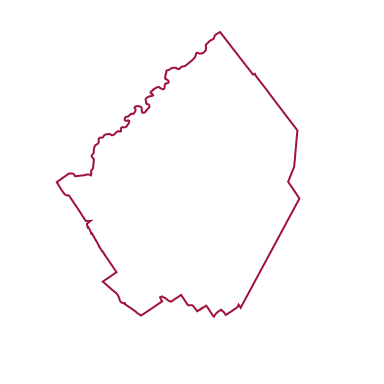 the district of West Torrens, South Australia, Australia, rotated 330°
{"feature_id": "25037944B76769094445269", "entity_name": "West Torrens", "entity_type": "district", "adm_level": 2, "iso_a3": "AUS", "parent_name": "Australia", "parent_adm1": "South Australia", "projection": "albers", "projection_center": [138.535, -34.943], "detail": "fine", "context": "isolated", "style": "outline", "palette": "rose", "viewbox_px": 384, "rotation_deg": 330, "n_neighbors": 0, "source": "geoboundaries", "source_scale": "gbopen_adm2", "svg_char_len": 5770}
<svg xmlns="http://www.w3.org/2000/svg" viewBox="0 0 384 384"><g transform="rotate(330 192 192)"><path d="M296.2,67.5L294.9,67.4L294.0,67.5L292.2,67.5L291.6,67.5L291.1,67.6L290.6,67.7L290.0,67.9L288.3,69.4L287.6,69.9L287.5,70.0L287.3,69.9L287.2,70.0L286.8,70.1L285.8,70.2L285.3,70.2L284.6,70.0L283.9,70.0L283.0,70.0L281.3,70.5L277.9,71.3L277.3,71.7L276.4,73.8L275.3,75.5L274.9,75.9L273.8,76.5L272.0,77.0L271.5,77.1L271.0,77.1L270.3,76.9L269.1,76.7L268.9,76.6L268.2,76.2L267.5,75.6L266.2,74.0L265.9,73.8L265.7,73.8L264.9,74.1L263.6,75.4L262.7,76.2L261.5,76.9L260.5,77.3L258.2,77.9L257.5,78.2L255.6,78.3L254.7,78.6L252.2,78.9L251.6,79.1L250.9,79.1L249.6,79.4L249.0,79.4L248.6,79.3L246.9,78.7L246.5,78.5L245.8,78.4L244.5,78.5L242.8,79.0L242.0,79.0L241.7,78.8L241.5,78.5L241.4,78.3L240.5,77.3L240.4,76.9L239.9,76.3L239.2,75.7L238.4,75.3L237.9,75.2L237.1,74.8L236.5,74.5L236.0,74.5L234.1,74.7L233.2,74.7L232.2,74.5L231.1,74.2L230.6,74.2L230.3,74.3L230.1,74.5L229.9,75.1L229.7,75.4L229.4,75.8L228.9,76.3L228.4,76.8L227.5,77.5L227.0,77.9L226.8,78.3L225.8,79.8L225.5,80.3L225.5,80.7L225.7,81.0L226.1,81.4L226.3,82.0L226.6,82.4L227.0,83.3L227.1,84.2L227.0,84.8L226.9,85.0L226.5,85.3L225.9,85.6L225.1,85.6L224.1,85.0L222.8,85.0L222.5,85.2L222.1,85.6L221.5,86.4L220.9,87.3L220.4,87.9L219.9,88.5L219.7,88.6L218.5,88.6L218.0,88.4L217.8,88.2L217.2,87.3L216.9,86.6L216.5,86.2L216.0,85.0L215.8,84.8L215.7,84.4L215.5,84.2L215.0,84.0L214.4,83.9L212.8,83.8L210.4,83.9L209.6,83.9L209.3,84.0L209.1,84.3L207.6,84.6L206.9,84.5L206.6,84.6L206.4,84.7L205.9,85.1L205.7,85.4L205.7,85.8L205.9,86.5L206.4,86.9L206.7,87.4L206.7,88.4L206.6,88.8L206.2,88.9L205.3,88.8L204.7,88.5L203.6,88.2L203.1,88.0L202.7,87.8L202.2,87.8L201.3,87.7L199.5,87.8L199.0,88.0L198.5,88.2L198.2,88.6L197.9,89.0L197.7,89.6L197.5,90.4L197.5,90.9L196.7,92.0L196.6,92.6L196.7,93.0L197.3,93.5L197.8,93.9L198.0,94.3L198.3,94.9L198.3,95.7L198.1,96.2L197.8,96.8L197.4,97.3L196.6,97.6L194.3,98.1L193.1,98.7L192.4,99.0L191.2,99.4L190.3,99.4L189.6,99.2L189.2,98.9L188.8,98.5L188.7,98.1L189.0,97.1L189.5,95.8L190.0,95.0L190.2,94.5L190.4,93.9L190.3,93.4L190.2,92.8L189.3,91.5L188.9,91.1L188.2,90.6L186.8,90.0L186.4,89.8L185.6,89.7L185.3,89.7L184.9,89.8L184.6,90.0L184.4,90.3L184.4,90.6L184.4,91.2L184.4,92.3L184.2,92.7L183.9,93.1L183.1,93.8L181.5,94.6L181.0,94.9L180.7,95.0L180.1,94.9L179.8,94.8L179.5,94.4L179.1,94.0L178.6,94.0L178.0,93.9L177.4,94.0L176.5,94.2L175.2,94.5L174.9,94.6L174.5,94.7L174.0,94.6L173.0,94.1L172.4,94.0L172.0,93.9L171.6,94.0L171.3,94.2L170.4,94.9L169.9,95.7L169.8,96.1L169.8,96.4L169.9,96.8L170.3,97.1L171.1,97.8L171.4,98.0L172.4,97.9L172.6,98.1L173.0,98.6L173.1,98.8L173.1,99.2L172.9,99.5L172.7,99.9L171.5,100.8L170.9,101.2L169.7,101.6L168.7,102.2L167.8,102.6L166.8,102.6L166.2,102.4L165.8,102.2L164.2,101.1L163.7,100.9L162.7,101.1L162.3,101.3L161.7,102.1L161.2,103.4L160.9,103.8L160.7,103.9L160.4,103.9L158.4,102.5L158.0,102.3L157.5,102.3L156.3,102.4L154.2,103.1L153.6,103.2L152.1,103.2L151.6,103.1L151.1,102.9L150.7,102.5L150.3,101.9L150.0,100.9L149.7,100.5L149.3,100.3L148.8,100.1L148.2,99.9L145.9,99.0L145.3,98.9L144.9,98.9L144.4,99.0L143.9,99.2L142.7,99.8L142.4,99.9L142.0,100.0L141.3,99.9L140.8,99.7L139.9,99.2L139.4,99.0L139.0,99.0L138.7,99.0L138.2,99.1L137.5,99.5L137.2,100.0L136.7,101.3L136.1,102.2L135.7,102.6L134.9,103.0L134.4,103.1L133.9,103.1L132.2,103.2L131.7,103.2L131.2,103.4L130.6,103.8L129.6,104.6L128.5,105.7L127.7,106.9L127.1,108.0L126.7,108.6L125.9,109.3L125.3,109.5L124.3,109.8L123.6,110.2L123.2,110.5L123.0,111.0L122.9,111.5L122.9,112.1L123.4,114.5L123.2,115.0L122.4,116.0L122.0,116.7L121.5,117.3L121.3,117.6L120.6,118.6L120.1,119.0L120.0,119.3L119.7,119.7L119.1,120.6L118.8,121.3L118.2,121.8L118.0,122.0L117.0,122.6L116.6,122.8L115.9,122.9L115.3,123.1L115.1,123.3L114.9,123.7L114.5,124.4L114.5,124.7L114.0,125.8L113.8,126.1L112.8,127.0L112.5,126.3L112.0,125.8L111.3,125.3L109.5,124.2L108.5,123.9L107.4,123.8L106.9,123.6L106.1,123.2L105.2,122.8L103.6,122.0L102.0,121.4L99.9,120.4L98.9,120.0L98.6,119.5L98.5,119.3L98.6,118.9L98.7,117.9L98.3,116.9L97.9,116.4L94.8,114.5L79.9,115.8L80.0,117.3L79.8,117.3L79.9,119.9L79.9,120.5L80.0,123.6L80.2,127.3L80.6,130.3L81.2,131.4L82.1,132.6L83.7,133.4L85.0,152.6L85.3,160.5L85.5,163.8L88.6,165.9L89.5,166.3L85.1,167.0L84.6,168.1L84.0,170.9L84.7,170.9L84.6,174.4L83.9,177.8L84.7,177.9L84.5,192.5L84.3,192.5L84.6,198.7L84.9,198.7L85.1,202.0L84.9,202.0L85.9,214.4L86.5,223.7L69.9,225.0L71.1,228.2L71.8,230.4L73.1,234.3L73.4,235.3L74.7,238.8L74.9,239.4L75.7,241.3L76.1,242.8L76.1,245.3L76.0,247.2L75.9,247.8L75.6,248.4L75.4,249.3L75.3,249.9L75.3,251.0L75.4,251.5L75.5,252.1L75.8,252.8L76.4,253.1L76.6,253.3L76.9,253.8L77.1,254.0L78.0,254.4L78.2,254.6L77.8,254.8L77.7,254.9L77.6,255.0L77.7,255.3L78.4,256.6L79.0,258.0L79.4,259.0L80.4,260.7L81.8,263.9L83.4,267.2L83.6,267.9L83.7,268.6L83.8,268.9L84.2,269.6L84.5,270.5L85.1,271.4L85.2,271.6L85.9,273.3L86.9,273.5L97.2,272.8L97.8,272.8L103.1,272.4L111.5,271.8L111.4,269.8L111.8,267.2L113.9,267.5L114.0,267.8L114.4,268.5L115.8,270.4L116.1,271.1L117.1,274.0L117.4,274.5L119.0,276.5L131.1,275.7L131.9,288.1L135.4,290.0L136.0,291.0L136.9,297.9L142.0,297.6L141.7,297.9L147.5,297.5L147.8,300.6L148.3,309.9L148.7,311.0L149.6,310.4L150.8,309.7L152.0,309.3L153.3,309.0L154.7,308.7L158.4,308.5L158.6,310.1L159.1,310.7L159.4,311.4L159.5,312.1L159.8,315.4L162.6,315.3L173.2,314.5L174.5,314.0L176.0,312.9L176.2,316.6L233.7,281.1L281.7,251.4L281.4,245.5L280.4,231.2L287.7,225.4L292.8,221.5L293.2,221.0L294.0,219.9L296.3,216.7L297.8,214.6L299.6,212.0L300.9,210.1L309.3,198.1L311.1,195.7L312.1,194.1L314.1,191.5L312.3,177.7L309.1,152.6L308.2,145.6L307.8,141.3L305.5,124.6L305.4,123.5L305.4,121.9L305.5,121.0L303.6,120.9L301.8,107.8L301.4,105.3L296.4,68.3L296.2,67.5Z" fill="none" stroke="#9f1239" stroke-width="2"/></g></svg>